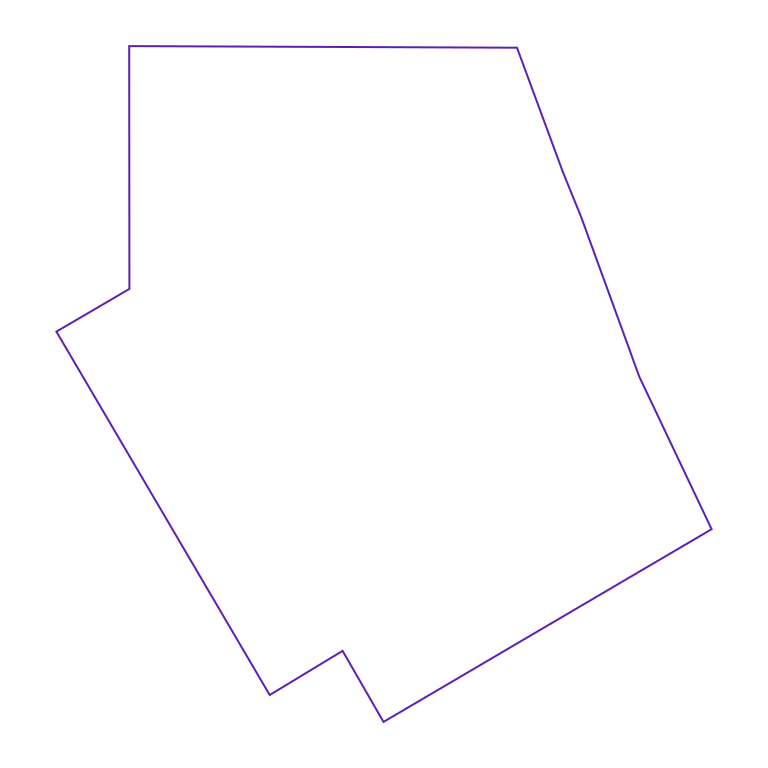 outline of Erath, Texas, United States of America
{"feature_id": "52423323B59070350705897", "entity_name": "Erath", "entity_type": "district", "adm_level": 2, "iso_a3": "USA", "parent_name": "United States of America", "parent_adm1": "Texas", "projection": "robinson", "projection_center": [-98.148, 32.215], "detail": "fine", "context": "isolated", "style": "outline", "palette": "violet", "viewbox_px": 768, "rotation_deg": 0, "n_neighbors": 0, "source": "geoboundaries", "source_scale": "gbopen_adm2", "svg_char_len": 316}
<svg xmlns="http://www.w3.org/2000/svg" viewBox="0 0 768 768"><path d="M577.4,608.0L711.6,529.2L639.3,376.7L634.4,363.4L630.0,351.1L581.2,217.1L562.8,171.8L517.0,47.7L129.2,46.1L129.4,288.9L56.4,331.6L269.7,695.0L323.5,662.4L342.6,650.9L383.5,721.9L577.4,608.0Z" fill="none" stroke="#5b21b6" stroke-width="2"/></svg>